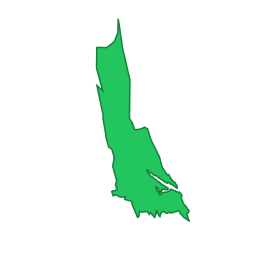 Ulvik nor, Hordaland, Norway, rotated 253°
{"feature_id": "86288312B21987069747825", "entity_name": "Ulvik nor", "entity_type": "district", "adm_level": 2, "iso_a3": "NOR", "parent_name": "Norway", "parent_adm1": "Hordaland", "projection": "equal_earth", "projection_center": [6.947, 60.609], "detail": "fine", "context": "isolated", "style": "filled", "palette": "green", "viewbox_px": 256, "rotation_deg": 253, "n_neighbors": 0, "source": "geoboundaries", "source_scale": "gbopen_adm2", "svg_char_len": 5282}
<svg xmlns="http://www.w3.org/2000/svg" viewBox="0 0 256 256"><g transform="rotate(253 128 128)"><path d="M72.0,93.9L67.4,94.0L67.6,94.6L67.8,95.1L67.7,95.8L67.5,96.4L67.2,97.2L66.6,98.0L66.0,98.6L65.5,98.9L64.3,100.3L63.9,101.2L63.2,105.1L63.1,104.9L62.9,104.8L62.5,104.7L62.0,104.4L61.7,104.0L60.7,104.0L58.9,106.7L57.0,110.1L53.7,109.6L39.7,111.0L39.7,111.6L40.0,111.8L40.1,112.0L40.6,112.3L40.6,112.5L40.9,112.5L40.8,112.8L41.1,112.9L41.4,112.9L41.9,113.1L42.1,113.2L42.1,113.3L42.7,113.8L43.3,113.8L44.1,114.4L44.7,114.5L45.1,114.7L43.5,116.2L43.6,117.7L43.2,118.4L42.6,121.8L39.2,123.1L39.8,123.8L40.5,124.7L34.7,127.3L35.7,128.3L37.5,129.2L37.7,129.4L37.6,130.2L37.2,130.5L38.4,130.2L39.3,130.3L40.0,130.5L40.8,130.6L40.7,131.0L40.5,131.6L38.1,131.6L37.4,131.7L36.4,132.0L35.4,131.9L33.9,132.6L36.2,134.1L37.9,136.2L37.5,138.2L36.2,138.8L35.0,140.4L35.3,142.0L35.7,142.9L34.4,143.5L34.4,144.2L34.0,146.0L34.1,152.2L33.1,152.5L32.6,152.8L30.7,153.1L30.2,153.3L28.7,154.3L26.7,155.0L25.4,155.9L25.3,156.1L24.7,156.5L20.6,159.8L21.9,159.2L28.8,159.1L29.2,159.9L29.3,160.7L29.6,161.3L29.9,161.5L30.2,161.9L30.8,161.9L31.1,162.1L31.5,162.1L32.2,161.8L32.4,161.7L32.5,161.5L32.8,161.5L33.4,161.2L33.7,161.2L34.6,160.8L35.5,160.7L36.9,160.2L37.2,160.0L37.2,159.8L37.7,159.5L37.6,159.4L37.9,159.3L38.1,159.4L39.8,158.8L41.0,158.8L41.5,158.9L41.8,158.9L42.3,158.8L42.8,158.8L43.1,158.6L44.2,158.6L44.5,158.5L45.2,158.5L45.9,158.8L46.3,158.8L46.7,159.1L47.1,159.5L47.4,159.6L47.5,159.7L48.3,159.8L48.8,159.8L49.8,159.2L50.4,159.1L51.8,158.2L51.8,157.9L51.6,157.5L51.8,157.2L52.7,156.3L52.8,156.2L52.7,156.1L52.9,156.0L53.1,155.7L53.9,155.0L54.0,154.7L53.9,154.5L54.3,154.1L54.4,153.9L54.9,153.6L55.0,153.4L55.7,152.8L55.8,152.6L56.1,152.1L56.5,151.9L57.0,151.1L56.9,150.9L56.9,150.5L56.8,150.3L56.1,149.8L56.0,149.5L55.7,149.3L55.7,149.0L55.4,148.7L55.6,148.3L55.6,148.1L55.2,147.7L55.4,146.6L55.3,146.2L55.7,145.5L55.9,144.6L55.7,143.9L55.7,143.6L55.7,143.2L56.2,142.5L56.0,142.1L56.1,141.8L56.2,141.6L56.3,141.3L56.2,141.2L55.8,141.1L55.3,140.8L55.0,140.8L54.8,140.7L54.8,140.4L55.1,139.9L55.1,139.7L55.6,139.4L55.4,139.2L55.5,139.2L55.4,138.9L55.6,138.7L55.9,138.9L56.3,138.9L56.6,138.9L57.4,138.7L57.3,138.4L57.5,138.4L58.0,138.1L58.4,137.8L59.2,137.4L60.4,137.3L60.9,137.3L61.2,137.2L61.6,137.2L62.9,137.2L63.3,137.3L63.6,137.3L63.6,137.6L63.4,137.6L63.3,137.8L63.2,137.8L62.6,138.0L62.3,138.2L62.1,138.3L62.3,138.5L62.3,138.8L62.1,138.9L60.7,139.1L59.6,139.2L59.1,139.3L58.9,139.3L58.7,139.3L58.5,139.5L58.1,139.7L57.9,139.9L58.1,140.2L57.8,140.4L57.7,140.5L57.8,140.7L57.7,140.7L57.8,140.8L57.6,141.0L58.1,141.3L58.0,141.5L58.4,141.7L58.4,141.9L58.7,142.4L58.7,142.5L59.2,142.8L59.3,142.9L59.3,143.0L59.2,143.3L59.3,143.5L58.9,143.8L58.9,144.1L58.8,144.3L58.7,144.4L59.0,144.7L59.1,144.8L58.8,145.3L58.4,145.6L58.2,145.7L58.0,146.0L57.9,146.5L57.3,147.5L57.5,147.9L58.1,148.5L58.6,148.8L59.1,148.5L59.5,148.1L60.1,147.7L60.6,147.1L60.7,146.9L61.3,146.6L61.7,146.3L61.8,146.1L62.1,146.0L62.2,145.8L62.3,145.7L62.6,145.2L62.9,145.0L63.0,145.0L63.8,144.2L64.0,144.2L64.3,143.8L65.1,143.3L65.4,143.1L66.0,142.7L66.5,142.5L66.9,142.2L67.5,141.6L67.8,141.1L68.3,140.9L68.6,140.5L69.0,140.4L69.3,140.1L70.3,139.7L70.8,139.2L71.0,139.1L71.5,138.6L71.9,138.3L72.0,138.2L73.0,137.6L73.9,137.2L74.5,136.8L74.6,136.7L74.6,136.3L75.0,135.9L75.3,135.8L75.3,135.7L75.6,135.4L76.4,135.2L76.8,135.2L77.0,135.3L77.6,135.1L77.8,135.0L78.3,134.5L78.7,134.4L78.9,134.2L79.3,134.1L79.6,133.7L79.9,133.7L80.7,133.8L80.8,133.6L81.1,133.7L81.3,133.7L81.2,133.8L81.5,133.7L81.3,133.9L82.0,134.2L82.2,134.5L81.8,134.6L81.6,134.9L81.2,135.0L80.6,135.3L80.1,135.7L79.7,135.8L79.3,136.1L78.9,136.3L78.7,136.6L78.0,137.0L77.9,137.3L76.9,138.0L75.8,138.6L75.5,139.0L75.3,139.0L75.1,139.2L74.9,139.3L74.7,139.7L74.6,139.8L74.4,140.3L74.4,140.7L74.4,141.1L74.3,141.3L74.0,141.4L74.0,141.5L73.6,141.7L73.4,141.7L73.2,142.1L71.8,142.4L71.6,142.6L71.2,142.8L71.0,143.0L71.1,143.3L70.3,143.7L69.8,144.2L69.6,144.4L69.3,144.5L69.1,144.7L68.5,145.1L68.3,145.4L68.2,145.6L67.8,145.8L67.7,146.1L67.4,146.2L67.2,146.6L66.6,146.8L66.6,147.0L66.1,147.0L65.4,147.6L65.4,147.8L65.2,148.0L64.7,148.3L64.5,148.6L63.7,149.4L63.7,149.6L64.3,150.1L64.2,150.2L64.0,150.9L63.8,151.2L61.6,152.5L61.5,153.2L61.2,153.5L60.9,153.6L60.5,154.0L59.9,154.3L58.9,155.4L58.7,155.4L57.6,156.0L57.4,156.2L56.7,156.6L56.8,156.9L56.3,157.1L56.1,157.3L56.2,157.5L56.4,157.7L58.8,158.1L60.3,157.3L62.1,157.1L62.3,156.7L62.5,156.6L64.0,155.6L64.9,155.1L66.5,154.5L71.6,153.2L71.6,151.9L73.0,151.6L73.3,151.4L76.6,150.3L77.5,150.1L80.6,149.2L91.3,149.6L95.6,148.9L110.1,146.5L121.2,146.5L123.9,144.3L123.7,143.5L123.4,139.8L123.6,138.3L123.7,136.5L123.8,136.4L124.8,133.7L127.6,133.8L132.2,133.5L136.8,132.2L171.8,143.4L173.2,143.9L205.7,146.1L229.6,149.8L235.4,150.5L222.4,146.3L215.0,140.6L213.4,137.5L213.1,136.4L211.1,131.1L213.9,122.8L214.1,121.7L194.5,115.4L171.0,114.7L177.7,110.7L148.1,108.0L146.9,107.8L144.5,106.9L132.2,105.4L124.3,104.1L115.1,104.0L114.2,105.1L111.6,106.5L108.3,106.3L104.6,106.2L103.8,106.3L102.5,105.5L95.9,102.2L80.7,101.7L80.1,101.3L77.9,99.6L77.0,99.5L75.4,99.4L75.5,99.5L74.0,100.2L72.1,99.5L72.3,98.9L72.0,97.9L71.8,97.6L71.9,97.3L72.4,95.5L72.0,93.9Z" fill="#22c55e" stroke="#15803d" stroke-width="1.5"/></g></svg>